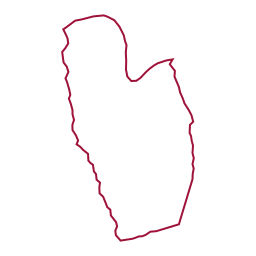 outline of Inajá, Paraná, Brazil
{"feature_id": "56859067B25034835886105", "entity_name": "Inajá", "entity_type": "district", "adm_level": 2, "iso_a3": "BRA", "parent_name": "Brazil", "parent_adm1": "Paraná", "projection": "mercator", "projection_center": [-52.233, -22.718], "detail": "fine", "context": "isolated", "style": "outline", "palette": "rose", "viewbox_px": 256, "rotation_deg": 0, "n_neighbors": 0, "source": "geoboundaries", "source_scale": "gbopen_adm2", "svg_char_len": 1288}
<svg xmlns="http://www.w3.org/2000/svg" viewBox="0 0 256 256"><path d="M63.3,29.3L66.2,35.3L67.6,38.6L68.2,43.5L65.2,48.3L62.2,51.9L62.8,56.8L63.6,62.5L66.8,66.7L68.4,72.0L65.5,78.4L67.0,81.9L69.2,89.5L70.3,94.8L68.9,98.6L70.8,103.8L72.5,110.0L72.5,114.1L74.0,120.0L72.4,124.8L72.5,130.0L75.9,135.3L78.1,140.5L76.6,144.3L80.0,146.6L83.2,150.0L88.0,153.8L88.4,160.6L90.5,163.1L92.9,164.7L93.9,171.4L96.0,174.1L96.6,179.7L100.0,182.6L99.3,187.5L99.6,193.4L103.2,196.8L104.4,199.9L105.7,203.0L107.3,207.2L110.3,209.7L110.9,215.5L116.1,222.2L117.1,226.4L115.3,230.7L115.9,235.2L120.6,240.6L126.9,239.6L132.3,238.8L135.1,237.9L138.9,236.4L142.0,236.3L145.5,235.0L150.3,231.7L156.2,231.2L178.9,224.3L192.5,179.2L192.7,174.0L193.7,168.5L192.5,164.0L193.8,158.1L192.5,153.1L193.0,145.5L191.8,141.2L191.0,135.9L189.6,132.9L190.0,124.8L193.2,121.7L192.3,118.4L191.5,115.3L188.5,109.6L184.5,103.4L182.9,98.7L180.1,92.5L178.9,87.0L174.5,76.6L174.9,70.8L172.4,67.7L169.8,64.2L172.6,59.4L166.5,60.4L157.9,63.2L154.1,65.4L149.6,68.7L145.5,72.5L140.5,77.9L136.3,80.8L131.3,81.0L127.3,76.5L126.0,69.5L126.2,60.4L125.8,52.3L126.5,45.2L125.0,40.9L123.8,35.3L119.4,26.6L114.3,20.2L107.3,16.6L103.8,15.4L93.4,16.4L81.8,19.4L75.1,20.7L65.7,27.7L63.3,29.3Z" fill="none" stroke="#9f1239" stroke-width="2"/></svg>